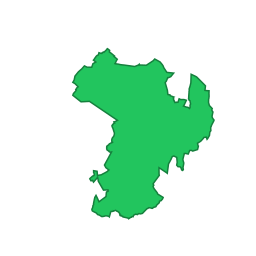 Dikļu pag., Kocenu, Latvia (orthographic projection), rotated 44°
{"feature_id": "27541924B58624620212136", "entity_name": "Dikļu pag.", "entity_type": "district", "adm_level": 2, "iso_a3": "LVA", "parent_name": "Latvia", "parent_adm1": "Kocenu", "projection": "orthographic", "projection_center": [25.062, 57.572], "detail": "fine", "context": "isolated", "style": "filled", "palette": "green", "viewbox_px": 256, "rotation_deg": 44, "n_neighbors": 0, "source": "geoboundaries", "source_scale": "gbopen_adm2", "svg_char_len": 5625}
<svg xmlns="http://www.w3.org/2000/svg" viewBox="0 0 256 256"><g transform="rotate(44 128 128)"><path d="M161.8,46.4L160.4,44.9L159.0,46.2L157.2,47.5L154.5,43.9L153.2,43.8L142.1,43.6L140.8,43.9L136.1,45.5L141.8,51.8L143.6,54.8L144.8,57.3L145.1,57.7L145.7,58.1L146.5,59.3L147.0,59.8L150.0,63.4L150.6,63.9L150.8,64.5L151.3,64.8L151.7,64.9L152.3,65.5L153.5,65.3L156.0,67.0L156.5,67.5L156.7,68.4L158.3,70.0L158.7,71.2L156.6,71.5L156.1,72.1L152.7,73.7L152.4,72.4L150.7,67.5L148.4,68.7L146.2,70.9L144.5,71.5L146.1,74.8L144.8,75.9L144.8,76.3L144.6,76.4L144.0,77.1L143.7,76.8L142.8,76.7L142.6,76.6L142.3,76.3L141.6,76.3L141.4,76.0L141.3,75.9L140.6,75.7L140.3,75.2L140.2,74.9L139.7,74.8L139.3,74.4L139.4,73.9L136.0,75.4L135.3,75.0L133.4,76.2L130.1,73.5L123.2,69.5L123.0,67.6L121.6,64.2L122.0,64.0L123.1,61.4L122.7,56.8L117.3,61.0L112.0,59.8L110.0,58.9L108.6,58.6L105.2,58.2L99.3,59.8L99.4,62.1L97.6,70.1L92.4,74.8L91.8,74.4L91.8,74.5L92.2,74.9L92.2,75.0L91.9,74.9L91.4,76.3L90.1,79.1L81.5,85.4L80.0,86.6L78.2,87.9L76.8,88.7L74.0,90.8L73.9,90.8L73.9,90.2L73.3,88.8L73.0,88.0L72.5,86.0L70.6,86.1L68.3,86.3L68.3,85.6L64.0,85.9L61.8,86.3L60.9,84.9L58.7,85.1L58.0,85.3L58.2,86.8L58.1,90.2L57.4,90.5L57.4,92.4L56.8,92.6L56.8,93.1L54.8,94.0L55.9,96.0L55.8,96.3L55.4,97.1L55.3,98.5L55.5,99.6L55.7,101.4L56.0,102.0L56.0,103.2L58.4,102.9L59.0,102.9L58.1,106.1L59.7,109.5L56.3,112.7L53.5,113.6L53.7,117.6L53.3,121.9L53.8,127.5L56.0,131.0L56.6,133.5L59.1,132.9L63.5,133.0L63.5,133.9L63.3,135.0L63.6,135.8L63.7,136.6L64.4,136.6L64.7,138.1L64.8,141.1L65.6,142.8L76.0,141.8L81.8,135.6L115.1,129.8L114.4,132.0L114.1,132.6L114.2,132.8L114.2,133.0L113.8,133.3L114.4,133.5L114.5,133.7L114.7,133.8L114.3,134.0L114.5,134.3L114.5,134.6L114.5,134.8L114.5,135.2L114.6,135.3L114.6,135.5L114.8,135.7L114.9,136.2L114.9,136.4L114.7,136.4L114.6,136.5L114.8,137.0L114.8,137.3L114.9,137.6L116.0,138.2L117.6,138.8L118.6,139.4L121.6,141.0L122.1,141.5L122.7,142.3L123.4,143.6L123.4,143.8L123.5,144.3L123.6,145.7L123.7,146.1L124.2,147.3L125.3,148.6L125.7,148.9L126.1,149.1L126.7,148.9L126.8,148.9L126.9,149.0L126.7,149.5L126.5,150.0L126.3,150.2L126.3,150.5L126.1,150.8L125.9,151.7L125.7,152.0L125.6,152.8L125.8,153.5L125.5,154.8L125.4,155.4L125.5,156.0L125.8,156.4L126.0,156.4L126.2,156.8L126.4,156.8L126.8,157.5L127.3,157.8L127.4,158.0L127.8,158.0L128.5,158.4L129.3,158.1L129.9,158.1L130.0,158.0L130.3,158.0L130.3,157.9L130.8,158.1L131.7,157.9L132.4,157.5L132.6,156.9L132.8,156.7L135.0,164.4L136.8,171.0L139.6,171.9L143.4,171.5L143.3,172.2L143.3,173.8L142.3,177.1L141.8,178.4L141.3,180.2L139.0,183.3L135.8,180.6L132.9,182.6L134.3,184.0L134.9,184.1L135.3,184.3L135.7,184.7L136.4,185.3L136.5,186.0L135.9,187.3L135.9,188.2L135.7,190.4L135.8,191.1L138.1,191.7L138.9,190.3L140.8,190.9L140.6,187.2L140.5,186.0L140.4,184.6L142.2,185.8L143.6,186.9L153.5,189.7L156.6,186.4L157.6,187.1L157.0,189.0L157.3,189.5L159.8,192.6L158.6,199.9L158.4,201.2L155.8,200.2L154.9,199.8L151.8,198.7L152.1,199.9L152.2,200.4L152.3,201.0L152.6,201.3L152.8,201.8L155.1,205.4L156.0,206.7L156.5,207.0L156.7,208.2L157.5,209.2L158.1,210.4L158.4,211.5L159.7,212.4L159.9,212.4L160.9,212.2L164.1,211.2L164.9,211.2L166.2,211.4L168.0,210.5L170.1,210.1L170.7,209.9L171.0,209.6L171.8,208.6L172.8,206.9L173.6,206.1L175.4,204.9L176.3,204.9L174.2,201.0L173.9,200.5L173.9,200.4L173.9,200.2L173.9,199.9L173.8,199.7L174.7,198.9L175.3,197.8L175.2,197.7L175.5,197.6L175.6,197.0L176.0,196.5L176.2,195.9L177.3,195.5L177.7,195.6L177.9,195.4L178.6,195.3L178.8,195.1L179.2,195.1L179.8,194.9L180.1,195.0L180.3,195.2L181.0,195.2L181.5,195.3L181.8,195.4L181.9,195.5L182.0,195.8L182.7,195.9L182.7,196.2L182.9,196.4L183.2,196.3L183.3,196.4L183.7,196.2L183.9,195.9L184.0,195.7L184.3,195.9L184.5,195.8L184.6,195.6L185.0,195.5L185.2,195.4L185.2,195.5L186.1,195.5L190.5,192.8L191.5,192.9L191.8,191.4L192.1,190.3L192.4,189.9L192.3,189.6L192.3,189.3L192.7,188.7L193.3,188.3L193.0,187.7L192.7,186.6L192.9,185.8L193.1,185.6L193.2,185.2L193.4,184.6L194.3,184.1L194.8,183.9L195.0,183.7L195.0,183.3L195.0,182.9L195.1,182.6L195.1,182.3L195.2,182.1L195.8,181.6L196.3,181.4L196.8,180.9L197.2,180.2L197.6,179.6L197.7,179.4L197.7,178.9L197.7,178.2L197.7,173.7L197.7,173.3L197.7,172.9L198.1,172.2L198.2,171.8L198.2,171.1L198.3,170.9L198.6,170.7L199.1,170.2L200.5,169.4L200.8,169.3L201.4,168.8L201.5,168.6L201.4,167.6L201.7,166.9L202.3,166.2L202.5,165.6L202.7,165.2L202.2,163.4L202.4,160.3L202.1,159.6L201.5,158.8L201.6,158.5L202.3,157.2L202.1,154.9L201.5,153.5L195.2,154.9L194.5,154.5L193.5,154.2L189.4,153.6L188.4,153.4L187.5,153.0L186.5,152.5L186.3,151.2L184.9,150.8L184.7,150.1L183.4,140.3L182.2,139.5L182.0,139.2L181.8,139.0L179.0,136.2L177.9,135.0L186.7,133.4L187.7,133.3L182.1,125.7L181.5,123.4L180.6,120.3L180.2,119.3L179.7,117.8L180.4,116.3L183.5,115.3L187.3,118.6L188.8,120.9L190.9,121.1L192.3,119.8L193.3,119.7L194.2,120.0L194.3,120.2L195.0,120.5L195.5,120.8L195.7,120.7L196.0,120.8L196.1,120.7L196.6,120.8L196.8,120.6L196.7,119.5L195.0,118.2L193.2,115.4L192.4,114.4L189.8,112.9L189.2,112.3L188.8,111.7L186.4,107.5L186.2,107.3L187.0,106.4L189.4,104.9L188.0,101.3L188.4,100.8L189.1,100.1L190.6,99.6L191.9,97.2L193.0,95.2L191.2,92.1L190.8,92.2L188.6,90.7L189.5,86.9L189.4,83.1L189.1,82.2L190.6,80.2L191.7,80.7L192.7,81.2L192.6,80.0L192.4,79.3L191.8,76.8L189.7,74.1L189.5,72.4L187.4,70.5L186.7,69.4L186.8,69.2L186.3,68.2L185.9,67.1L185.4,65.3L185.0,64.1L184.8,63.3L184.5,62.7L184.3,62.5L182.7,62.3L181.6,62.0L180.4,61.3L180.1,60.9L178.0,57.5L175.9,57.0L175.6,56.6L175.1,55.5L170.9,55.3L168.2,53.7L165.9,51.2L165.7,50.7L165.0,49.8L164.5,49.1L163.1,47.7L161.8,46.5L161.8,46.4Z" fill="#22c55e" stroke="#15803d" stroke-width="1.5"/></g></svg>